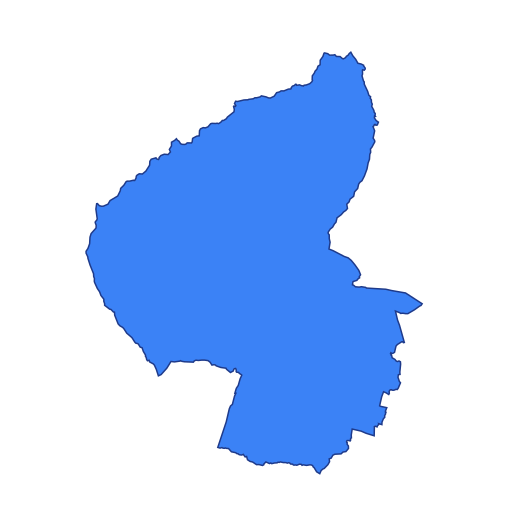 outline of Buda, Buzau, Romania, rotated 95°
{"feature_id": "2599482B42882340443121", "entity_name": "Buda", "entity_type": "district", "adm_level": 2, "iso_a3": "ROU", "parent_name": "Romania", "parent_adm1": "Buzau", "projection": "natural_earth1", "projection_center": [26.899, 45.501], "detail": "fine", "context": "isolated", "style": "filled", "palette": "blue", "viewbox_px": 512, "rotation_deg": 95, "n_neighbors": 0, "source": "geoboundaries", "source_scale": "gbopen_adm2", "svg_char_len": 6087}
<svg xmlns="http://www.w3.org/2000/svg" viewBox="0 0 512 512"><g transform="rotate(95 256 256)"><path d="M266.1,425.7L268.0,425.5L271.5,423.5L273.0,423.2L279.5,420.5L287.8,416.3L290.6,415.9L292.5,415.0L295.2,414.9L296.4,414.5L302.2,411.2L305.3,408.7L308.9,407.0L312.3,403.8L314.3,403.7L316.8,402.6L318.3,402.5L321.7,397.2L321.9,395.8L324.2,393.2L324.3,392.1L327.3,391.6L335.7,387.4L337.4,385.5L338.7,382.7L339.8,381.4L344.2,378.0L348.1,372.5L352.4,369.2L353.3,368.2L353.6,366.1L354.2,365.4L356.9,363.4L357.3,361.5L360.9,359.9L364.4,357.4L365.5,357.4L366.7,356.5L368.7,355.9L369.8,355.0L369.2,353.4L370.8,352.7L372.5,348.8L373.6,347.7L377.7,345.4L383.9,342.8L382.4,340.2L375.6,335.1L368.5,331.5L368.6,328.0L367.3,322.4L366.9,322.2L367.4,320.6L367.6,318.1L367.2,309.1L366.1,308.5L365.3,307.4L365.0,306.5L365.1,304.4L364.4,300.8L364.2,298.1L364.4,294.6L365.9,292.4L368.5,290.4L367.9,288.3L368.2,286.8L368.9,286.1L370.1,281.4L370.4,276.1L371.4,275.5L374.3,271.3L372.5,268.6L370.9,268.3L370.1,267.6L369.8,266.5L371.3,265.7L372.5,265.8L373.4,265.3L373.5,263.1L374.4,262.4L375.6,260.0L376.0,259.8L379.7,261.1L386.5,262.4L389.4,264.0L391.0,264.4L394.6,265.1L394.5,264.1L397.5,265.2L405.9,266.6L407.6,268.3L410.6,269.3L423.9,271.2L450.0,277.4L450.5,275.1L449.8,273.2L450.3,272.2L450.3,270.6L449.9,269.9L450.2,268.9L450.2,266.6L453.2,263.4L453.7,259.2L454.6,257.7L454.5,256.7L455.3,255.6L455.5,254.6L455.5,252.8L454.7,251.4L457.1,249.3L456.5,247.9L459.7,246.7L461.2,243.9L461.5,241.5L463.8,237.3L463.5,234.9L464.1,231.2L463.2,230.0L462.6,230.1L460.3,228.2L461.6,224.4L460.9,223.2L461.5,222.2L460.6,219.6L460.2,216.9L459.5,216.1L459.6,214.8L459.0,213.8L459.4,210.9L459.2,208.2L459.6,206.7L459.0,205.2L459.6,203.9L460.2,203.5L460.2,201.3L460.9,200.6L461.0,200.0L460.7,198.1L460.9,197.1L459.6,194.6L459.6,192.7L460.5,191.9L459.9,190.8L460.2,187.4L459.3,184.0L459.4,182.3L460.0,181.2L461.1,180.7L461.7,179.7L465.7,176.8L467.3,173.5L464.0,172.4L462.3,170.7L461.7,169.5L457.6,166.2L454.5,164.8L451.7,165.4L450.8,163.5L447.8,162.1L446.6,160.2L445.7,154.0L443.7,152.2L443.0,149.4L439.7,147.1L437.2,147.4L435.6,148.8L434.0,148.9L433.8,149.4L432.7,149.6L431.9,149.1L431.7,146.8L432.1,146.2L431.3,145.7L429.9,145.9L429.1,145.5L428.9,145.1L426.0,145.5L420.0,145.1L421.3,136.0L423.0,130.9L424.8,122.6L415.6,123.2L415.2,122.3L415.7,120.5L414.5,120.2L413.0,118.9L412.3,119.2L413.0,115.9L410.5,116.0L407.0,114.9L405.5,113.7L403.8,113.9L401.9,113.1L400.8,113.4L400.3,112.9L399.4,113.6L395.7,112.5L394.9,118.8L394.5,119.8L385.2,118.5L380.1,117.1L381.0,114.4L382.4,111.7L381.3,111.2L379.2,111.6L377.6,110.6L377.4,109.4L377.8,108.8L377.7,107.0L376.6,104.8L376.7,103.7L375.3,102.8L369.7,101.0L368.4,102.3L364.4,104.0L361.8,103.8L361.4,102.2L359.1,102.6L351.1,102.5L348.8,102.9L348.1,104.4L348.8,105.8L348.7,106.4L348.3,107.3L346.9,108.6L345.5,111.5L343.5,112.1L343.1,112.7L342.4,112.7L341.6,113.5L340.6,113.2L341.2,112.3L341.2,111.4L339.9,109.6L333.6,108.7L331.9,107.5L328.7,103.3L328.6,102.6L329.5,101.6L329.2,100.7L312.5,107.0L307.5,109.4L298.7,112.3L300.0,107.8L300.6,107.0L300.2,104.8L300.4,101.6L300.2,99.7L295.8,93.5L291.6,88.6L290.9,87.3L289.1,86.3L279.8,103.8L278.6,117.9L277.8,123.8L278.3,143.1L277.7,144.1L277.4,148.3L278.0,150.4L278.0,154.3L276.5,156.4L276.3,157.4L273.4,157.2L272.9,156.9L271.5,153.4L269.7,152.2L268.7,150.9L267.5,151.3L265.6,150.2L261.4,152.3L256.4,156.5L252.1,160.7L249.8,164.0L248.8,168.0L244.0,179.6L242.7,183.9L235.8,183.4L232.4,184.5L228.5,184.9L227.3,186.0L226.1,186.2L222.8,184.5L220.6,182.2L217.1,180.6L215.5,179.3L210.9,178.6L207.4,174.7L204.5,172.6L202.8,170.5L200.7,169.0L196.5,170.1L194.0,168.0L191.2,167.3L188.0,163.9L183.5,163.4L179.9,160.6L175.4,160.0L173.5,158.9L171.8,157.0L166.9,155.0L159.6,153.0L153.5,152.4L149.8,151.4L144.8,151.5L142.7,150.8L139.4,151.3L137.5,150.0L131.9,147.6L130.6,147.9L128.3,149.6L121.0,148.7L116.9,150.7L115.9,149.8L114.9,149.6L114.5,148.9L115.3,147.9L114.9,146.6L112.0,145.7L110.6,148.1L108.1,150.1L106.9,150.1L106.5,149.2L105.8,150.0L105.3,149.6L103.5,149.7L102.7,150.7L100.6,151.3L96.8,153.8L94.6,153.4L92.8,154.4L90.4,154.7L88.8,156.0L87.4,155.7L86.0,157.6L82.3,159.1L75.4,163.1L73.1,163.4L72.2,164.2L67.3,166.1L65.4,165.7L61.5,166.2L61.1,165.9L61.5,164.4L60.2,163.5L59.3,163.6L57.3,165.3L56.6,165.4L55.6,167.9L55.1,171.3L51.4,173.8L48.0,177.1L44.7,179.3L46.2,180.8L48.0,181.8L49.2,183.4L50.6,184.1L52.0,186.2L51.8,187.1L50.0,189.6L50.2,193.3L48.6,195.0L49.1,196.5L49.5,200.2L48.2,202.1L47.7,205.4L48.0,205.9L51.5,206.8L55.4,209.1L59.9,208.8L61.5,210.8L64.6,211.6L66.6,213.2L68.8,213.9L71.6,215.6L75.5,215.4L76.0,215.0L77.5,215.5L79.6,217.4L81.2,220.7L81.7,223.0L82.5,223.5L82.3,225.8L81.7,227.5L82.4,230.3L81.5,230.9L81.5,231.7L82.7,232.5L83.6,234.5L85.3,235.6L86.3,235.6L86.6,236.1L86.9,238.3L89.1,242.6L89.3,245.4L90.5,246.9L91.5,249.7L95.2,251.8L97.4,255.5L97.4,257.4L96.6,259.8L96.0,264.6L97.2,265.9L98.3,269.1L98.5,271.0L99.6,272.4L100.6,276.9L101.1,277.7L101.6,281.6L103.7,287.9L103.6,289.8L106.0,290.7L107.8,289.2L108.3,289.3L108.8,289.6L108.5,291.0L108.9,291.4L111.8,290.4L114.3,290.5L120.1,296.6L121.8,297.5L123.8,300.1L123.9,301.4L125.3,302.3L127.0,304.2L127.4,305.0L127.1,306.3L127.5,307.6L127.7,311.4L128.2,312.7L131.6,315.2L132.8,317.7L132.7,319.8L134.2,322.4L136.1,323.2L141.2,323.0L141.8,325.5L144.1,329.1L144.5,329.4L147.8,329.5L149.0,330.1L149.3,334.4L150.7,335.7L151.1,336.8L151.2,339.5L150.7,340.9L148.3,342.8L147.5,344.4L146.1,345.5L148.0,347.2L150.0,350.1L153.8,349.8L157.4,351.6L159.8,350.3L162.6,352.4L162.6,356.3L164.2,359.5L166.4,361.1L167.6,361.1L168.4,361.7L167.8,363.7L166.9,364.2L168.7,368.8L170.9,370.0L174.8,369.9L181.0,373.1L184.2,376.3L184.3,379.5L185.7,381.4L186.8,382.2L188.9,382.3L191.3,383.4L191.5,384.2L191.2,384.7L192.4,388.3L192.7,391.0L193.3,391.9L197.0,393.8L200.4,396.7L202.9,396.9L208.3,399.0L213.5,406.2L217.3,408.0L219.7,412.5L219.9,414.3L219.5,416.5L217.6,418.5L217.8,419.3L223.2,419.6L232.8,417.4L234.2,417.8L235.8,419.0L236.7,419.1L239.3,417.9L241.7,417.8L242.4,418.0L248.0,422.2L251.7,423.0L258.3,422.8L263.2,424.1L266.1,425.7Z" fill="#3b82f6" stroke="#1e3a8a" stroke-width="1.5"/></g></svg>